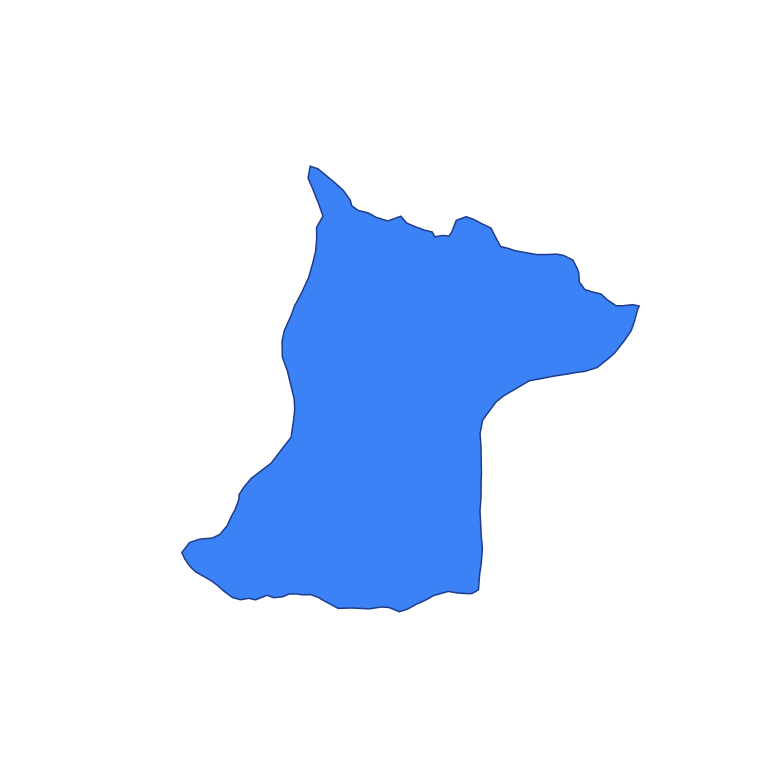 the district of Zaqatala District, Zaqatala, Azerbaijan, rotated 330°
{"feature_id": "54616110B4759617374649", "entity_name": "Zaqatala District", "entity_type": "district", "adm_level": 2, "iso_a3": "AZE", "parent_name": "Azerbaijan", "parent_adm1": "Zaqatala", "projection": "mercator", "projection_center": [46.691, 41.618], "detail": "fine", "context": "isolated", "style": "filled", "palette": "blue", "viewbox_px": 768, "rotation_deg": 330, "n_neighbors": 0, "source": "geoboundaries", "source_scale": "gbopen_adm2", "svg_char_len": 1983}
<svg xmlns="http://www.w3.org/2000/svg" viewBox="0 0 768 768"><g transform="rotate(330 384 384)"><path d="M644.0,444.1L639.3,439.8L629.7,435.5L624.1,432.3L619.3,422.3L616.9,414.5L609.8,407.7L605.1,402.5L604.2,393.2L608.3,385.0L609.0,381.3L609.6,371.3L604.0,362.6L598.4,357.8L590.1,353.5L580.6,348.0L571.9,340.6L564.4,334.3L559.2,328.5L553.7,323.2L554.0,313.7L554.6,302.4L549.0,294.3L544.0,286.3L538.8,280.2L528.4,278.4L518.7,286.3L514.3,288.4L509.1,284.7L501.5,281.9L501.8,276.5L496.1,271.1L489.2,262.8L484.2,256.0L482.5,247.1L468.8,244.7L460.4,235.6L456.1,228.2L448.3,220.6L445.2,213.7L446.7,207.8L445.6,196.2L441.9,184.7L434.4,164.6L429.0,158.5L428.4,159.2L421.2,167.7L419.9,178.9L417.5,195.5L415.1,208.1L403.9,214.6L398.2,224.8L391.1,234.9L383.3,243.1L372.1,254.0L358.3,263.8L345.7,271.6L337.6,278.4L324.4,287.9L317.0,296.1L309.5,309.7L306.8,324.6L302.7,338.6L298.7,352.2L293.8,361.7L286.7,371.3L282.5,376.5L276.9,383.7L261.3,390.0L258.3,391.3L246.8,396.1L221.9,399.3L210.6,403.5L203.1,407.4L200.9,411.1L192.7,418.0L184.9,422.8L177.5,428.2L166.7,432.2L158.0,431.5L149.1,427.2L145.5,425.9L145.4,425.9L136.3,424.1L124.6,428.9L124.0,436.3L124.9,445.9L127.2,453.0L130.7,458.9L135.5,467.0L138.9,474.6L142.0,483.9L146.1,493.3L151.9,499.1L159.7,502.0L164.9,506.7L177.1,508.5L181.6,513.9L189.8,517.6L197.0,518.5L203.5,522.2L207.8,525.7L215.0,529.6L220.4,535.9L223.0,540.7L232.1,555.4L244.0,561.8L258.7,571.3L270.0,575.7L276.5,580.0L283.4,588.9L291.9,590.7L302.3,590.9L312.4,592.0L320.9,592.0L335.8,595.7L343.8,602.2L352.3,607.8L355.3,609.4L362.9,609.5L371.4,597.0L378.9,587.4L386.7,576.1L392.4,563.9L397.8,553.5L403.6,542.0L411.6,530.2L418.1,519.1L424.4,508.9L430.5,497.8L436.1,487.8L442.4,475.0L451.1,464.8L457.8,461.7L471.9,455.6L481.2,454.1L503.3,453.9L511.5,453.9L524.5,458.5L534.0,461.7L548.1,467.2L557.0,470.4L564.4,473.5L576.9,476.3L591.6,474.1L600.1,472.2L613.7,466.7L624.9,461.3L632.8,454.4L640.7,446.5L644.0,444.1Z" fill="#3b82f6" stroke="#1e3a8a" stroke-width="1.5"/></g></svg>